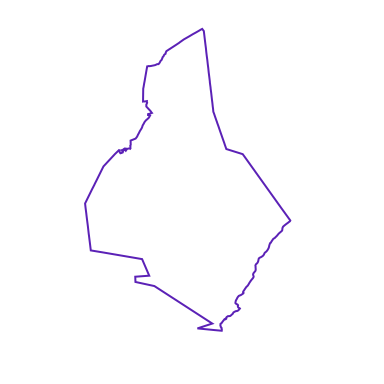 Mesones Hidalgo, Oaxaca, Mexico (Equal Earth projection), rotated 229°
{"feature_id": "50627088B85326634541004", "entity_name": "Mesones Hidalgo", "entity_type": "district", "adm_level": 2, "iso_a3": "MEX", "parent_name": "Mexico", "parent_adm1": "Oaxaca", "projection": "equal_earth", "projection_center": [-98.01, 16.918], "detail": "fine", "context": "isolated", "style": "outline", "palette": "violet", "viewbox_px": 384, "rotation_deg": 229, "n_neighbors": 0, "source": "geoboundaries", "source_scale": "gbopen_adm2", "svg_char_len": 4461}
<svg xmlns="http://www.w3.org/2000/svg" viewBox="0 0 384 384"><g transform="rotate(229 192 192)"><path d="M106.0,247.5L121.7,248.9L182.7,254.7L187.3,255.1L201.9,246.1L206.7,248.0L207.1,248.2L214.4,251.1L219.9,253.3L224.8,255.3L227.7,256.4L228.1,256.6L228.3,256.7L229.4,257.1L233.9,258.9L236.3,259.9L237.6,260.4L238.5,260.7L241.3,262.7L242.7,263.6L246.0,265.9L248.4,267.5L254.2,271.5L257.8,273.9L258.9,274.7L260.6,275.8L263.0,277.4L263.9,278.1L268.2,281.0L271.2,283.0L274.9,285.6L278.2,287.8L281.8,290.3L285.0,292.4L288.4,294.7L291.2,296.7L294.8,299.1L297.9,301.2L305.7,306.5L308.4,306.7L308.8,305.0L309.2,302.7L309.9,299.2L310.6,296.0L310.7,295.4L311.3,292.0L311.7,290.0L312.5,286.0L313.0,281.0L313.0,280.3L313.5,276.5L314.1,272.2L315.1,265.2L314.6,263.9L314.5,263.7L314.0,263.1L313.7,262.8L313.8,261.5L313.7,260.7L313.1,259.5L313.1,259.3L313.0,258.2L312.4,257.3L311.7,255.8L311.6,255.6L311.6,254.7L311.6,254.4L311.2,253.4L310.8,252.4L310.6,251.4L310.5,251.0L310.5,250.6L311.3,249.7L311.7,248.3L312.0,247.3L312.3,246.8L312.9,245.7L313.6,244.5L314.1,243.5L314.5,243.1L314.6,242.9L314.9,242.4L315.5,241.9L315.7,241.4L316.2,240.6L314.3,238.2L309.4,232.2L306.7,228.9L305.3,227.1L302.9,224.2L302.0,223.0L294.3,216.1L292.4,214.4L292.1,214.9L291.2,215.9L290.2,217.6L289.4,216.9L288.8,216.7L287.8,214.7L287.5,214.5L287.4,214.4L287.1,214.2L286.8,213.8L286.3,213.6L280.5,213.8L280.0,213.8L279.5,213.7L279.1,213.7L278.8,213.6L278.0,213.6L278.7,211.7L279.3,210.6L279.6,210.0L278.9,209.3L277.2,210.4L276.4,208.3L276.3,206.6L276.3,204.1L275.9,202.0L275.2,200.3L274.6,198.4L273.7,197.0L273.1,195.7L272.2,192.7L271.2,190.3L270.7,188.9L269.8,186.9L269.3,184.5L271.1,179.4L267.8,176.7L267.4,175.7L266.9,175.4L266.6,175.3L266.5,175.2L266.2,174.8L265.3,174.2L265.2,173.7L265.6,173.6L266.4,172.7L266.6,172.4L267.2,170.9L267.3,170.9L267.3,170.7L267.2,170.5L266.9,170.3L266.9,170.2L266.6,169.1L267.1,169.1L267.3,169.1L267.7,168.7L268.0,168.8L268.4,168.7L268.5,169.1L268.5,169.4L268.8,169.5L268.9,169.8L269.0,169.7L269.1,168.6L269.2,168.4L269.1,168.2L268.9,167.8L268.7,167.8L268.8,167.4L269.4,166.9L269.6,166.5L269.2,166.5L269.0,167.0L268.7,166.8L268.5,166.5L268.1,165.8L267.8,166.4L267.4,165.9L267.3,165.6L267.7,165.0L267.6,164.6L268.2,163.4L268.4,163.4L268.5,163.5L270.0,163.7L270.5,164.4L270.8,164.4L271.0,164.5L271.3,164.5L271.5,164.4L271.2,158.8L269.4,142.0L266.8,135.7L263.7,128.3L261.9,123.9L261.6,123.3L259.6,118.3L253.5,103.8L250.2,101.5L244.5,97.7L244.4,97.6L239.8,94.5L234.4,90.9L231.5,88.9L228.6,86.9L227.4,86.1L226.9,85.8L225.9,85.1L218.6,80.2L215.8,78.3L214.3,77.3L205.0,85.0L174.1,110.3L156.9,104.8L165.3,93.6L161.2,90.3L145.7,101.9L79.4,121.0L85.5,106.6L72.6,118.8L67.8,123.4L68.4,124.1L69.3,124.7L70.0,124.9L70.2,125.2L71.4,125.2L71.9,125.6L72.6,125.8L73.1,126.3L73.8,127.0L73.8,127.6L73.6,128.0L73.7,128.5L74.0,129.6L74.5,132.1L74.7,133.2L74.6,133.5L74.1,133.5L73.9,134.0L73.9,134.5L73.9,134.8L74.3,135.1L74.6,135.2L74.7,135.5L74.9,136.2L74.8,136.8L74.7,137.2L74.7,137.7L74.1,138.4L73.4,139.4L73.3,140.6L73.4,141.9L73.3,142.6L73.6,143.5L73.9,144.2L73.8,144.8L73.7,145.6L73.5,146.2L73.2,147.2L72.6,147.9L72.3,149.1L72.4,150.2L72.6,151.7L73.1,151.7L73.7,151.4L74.2,151.2L75.1,151.3L75.8,151.7L76.0,151.9L76.1,152.0L76.3,152.2L76.3,152.4L76.9,152.6L77.8,152.3L78.9,151.9L79.7,151.9L80.2,152.4L81.3,153.9L82.1,156.2L82.3,156.5L82.5,157.1L82.7,157.8L82.8,158.6L82.9,159.1L82.8,159.4L82.7,159.9L82.5,160.3L82.2,161.1L81.9,163.2L81.8,164.2L82.0,164.7L82.4,164.7L82.8,164.7L83.3,165.4L83.7,167.0L84.2,168.7L84.4,169.6L84.7,170.7L84.7,171.7L84.8,172.8L85.3,174.4L85.9,176.1L86.3,177.8L86.5,178.1L86.5,178.5L86.6,178.9L86.8,180.1L87.0,181.4L87.3,182.4L87.8,183.1L88.2,183.3L88.8,183.5L89.7,184.0L90.0,184.4L90.4,185.3L90.6,186.5L90.8,187.9L91.1,188.5L91.9,189.4L92.7,190.0L93.4,190.5L93.9,191.0L94.8,191.5L95.2,192.1L95.5,192.9L95.5,194.2L95.7,195.3L96.3,196.5L97.0,197.4L97.6,198.2L98.0,198.8L98.0,199.3L98.0,199.7L97.9,200.3L97.8,200.7L97.7,200.9L97.6,201.2L97.5,201.9L97.3,203.2L97.4,204.5L97.7,205.5L98.2,206.4L98.4,207.3L98.3,208.9L98.5,210.3L98.8,211.4L99.3,212.8L100.1,214.2L100.9,215.2L101.7,216.5L102.2,217.6L102.1,217.9L102.0,218.3L102.5,219.4L102.7,220.3L103.1,221.8L103.3,222.7L103.0,224.3L103.1,225.2L103.2,227.1L103.4,228.4L103.7,230.1L103.7,231.8L103.7,234.3L104.0,235.1L104.8,235.9L105.4,236.6L105.7,237.1L106.1,238.1L106.1,239.8L106.0,242.1L105.8,244.3L105.8,245.2L105.7,246.1L105.7,246.9L106.0,247.5Z" fill="none" stroke="#5b21b6" stroke-width="2"/></g></svg>